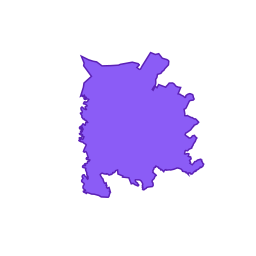 General Canuto A. Neri, Guerrero, Mexico (Robinson projection), rotated 310°
{"feature_id": "50627088B85246056724718", "entity_name": "General Canuto A. Neri", "entity_type": "district", "adm_level": 2, "iso_a3": "MEX", "parent_name": "Mexico", "parent_adm1": "Guerrero", "projection": "robinson", "projection_center": [-100.124, 18.444], "detail": "fine", "context": "isolated", "style": "filled", "palette": "violet", "viewbox_px": 256, "rotation_deg": 310, "n_neighbors": 0, "source": "geoboundaries", "source_scale": "gbopen_adm2", "svg_char_len": 5811}
<svg xmlns="http://www.w3.org/2000/svg" viewBox="0 0 256 256"><g transform="rotate(310 128 128)"><path d="M51.0,138.1L51.4,138.2L51.6,137.7L52.0,137.6L52.6,138.6L54.0,142.6L55.6,144.7L57.6,149.1L58.0,151.8L62.2,157.3L63.2,157.4L65.8,156.2L66.4,156.1L67.1,155.6L67.4,154.9L67.7,155.5L70.3,151.7L69.5,151.2L68.7,151.1L68.6,150.4L68.9,149.5L70.2,148.9L70.1,148.1L70.5,148.1L70.9,147.8L71.1,147.1L71.5,147.0L71.9,146.4L70.7,145.8L70.6,145.5L71.5,143.5L72.9,141.5L73.0,140.3L73.9,137.5L74.5,136.6L76.3,136.9L76.8,137.2L77.5,139.2L78.8,141.1L79.2,141.0L79.7,141.8L79.7,143.5L79.9,143.9L80.9,144.5L81.3,144.5L81.5,145.0L82.6,145.4L83.2,145.4L83.8,145.1L84.0,145.5L84.5,145.3L84.8,146.0L86.4,146.3L87.3,145.9L89.1,147.0L86.3,149.9L87.9,154.9L86.9,155.4L90.4,160.6L87.3,166.4L88.9,167.5L89.0,169.7L90.0,172.9L91.0,173.0L91.4,172.6L91.3,171.8L91.9,170.7L91.8,168.5L92.2,167.5L93.1,167.0L95.5,169.9L95.8,170.8L95.9,171.8L95.4,173.7L94.7,175.1L93.9,175.8L93.3,175.8L92.7,176.8L91.9,176.9L91.7,178.0L90.5,178.4L90.4,179.3L90.9,179.9L91.7,180.2L92.3,180.1L93.4,180.7L94.5,180.6L96.1,181.7L98.7,184.2L99.9,184.3L100.8,183.7L101.2,183.0L101.7,182.8L102.0,182.3L102.0,181.6L102.5,180.9L103.4,180.3L106.0,180.5L108.5,179.7L109.8,180.1L110.0,179.7L110.0,175.7L110.3,175.7L110.8,175.0L111.4,174.4L113.2,174.2L114.1,173.6L114.9,173.8L115.4,174.2L116.1,173.8L116.8,173.9L117.0,175.2L117.4,176.3L117.0,177.5L117.4,178.1L117.0,180.1L117.6,180.1L117.7,180.8L117.5,183.4L118.1,183.2L120.0,183.4L120.5,183.8L120.3,184.4L122.7,186.7L123.2,187.6L125.8,189.6L128.9,191.3L129.6,192.3L130.6,194.8L130.4,197.0L129.9,197.6L131.3,200.2L131.1,201.1L131.5,201.1L131.2,204.2L131.9,203.2L132.3,203.2L133.5,204.2L133.2,204.6L133.4,205.7L133.2,206.0L133.8,206.2L134.1,206.7L137.4,206.8L138.0,207.0L137.9,207.4L138.3,207.7L139.2,207.8L139.7,207.4L140.1,207.8L141.7,208.4L143.2,208.6L144.2,209.0L144.5,208.7L144.9,209.5L146.7,209.9L149.0,209.2L149.0,208.0L149.7,206.9L149.7,206.1L150.0,206.0L150.2,205.4L150.8,205.2L150.6,204.6L150.9,203.9L150.7,203.6L148.0,201.8L146.4,201.7L145.1,200.7L144.0,200.9L141.1,200.8L140.8,198.1L141.8,198.1L142.7,196.0L144.9,196.2L146.0,194.8L145.7,194.3L145.9,194.0L145.6,193.8L145.0,192.4L146.8,191.7L147.4,191.1L146.5,189.8L144.9,188.7L144.6,187.9L147.1,186.5L147.7,186.5L148.9,188.3L150.9,188.4L153.1,189.5L153.9,189.7L154.2,189.2L156.6,188.9L157.7,188.4L161.0,188.1L163.2,187.3L164.6,187.2L164.6,185.1L165.1,183.7L163.7,182.6L162.8,182.4L162.0,182.6L160.6,182.3L159.7,181.3L159.5,180.1L159.8,179.4L159.4,178.2L159.5,176.1L161.1,175.5L163.1,176.2L166.9,177.2L170.2,177.0L171.5,177.2L172.4,176.8L175.7,178.4L177.9,178.4L178.4,174.6L178.3,173.7L177.6,173.0L177.5,172.6L177.2,170.3L176.6,169.7L176.5,168.9L175.9,166.6L175.8,165.5L174.7,164.7L174.0,163.5L175.6,162.2L178.4,158.9L179.9,159.6L180.8,159.6L187.7,157.8L188.5,157.8L189.3,158.2L191.3,160.0L192.5,160.1L193.1,159.5L193.4,158.4L194.3,157.5L195.1,156.1L194.4,153.9L193.9,153.1L192.5,152.2L190.6,151.6L189.9,151.6L188.8,152.3L188.0,152.1L187.9,149.5L187.3,147.5L187.5,146.7L186.9,145.8L186.9,145.2L186.4,144.4L192.9,142.3L191.6,140.2L190.9,138.2L190.9,137.3L191.4,135.2L191.2,133.3L188.9,130.7L185.7,130.7L184.6,130.5L183.5,130.7L181.0,123.6L177.5,124.3L177.5,121.9L173.1,123.0L173.1,121.8L176.8,121.3L178.4,121.4L180.3,120.4L183.0,118.0L185.4,117.6L188.0,116.1L190.9,118.0L192.1,118.1L193.2,117.8L195.1,118.4L197.0,118.1L202.4,118.4L205.4,116.3L205.6,115.4L205.4,113.8L203.5,109.4L204.7,103.8L201.9,101.7L200.3,96.8L184.0,99.1L181.2,99.7L180.4,99.3L180.1,98.4L180.1,95.9L183.5,96.1L183.7,95.9L183.5,95.4L183.8,94.8L183.8,94.4L181.2,89.0L171.8,81.2L170.1,80.4L164.5,74.5L158.9,68.2L158.5,61.5L156.7,58.3L154.9,53.9L153.0,46.1L149.6,52.6L147.2,54.0L144.1,66.8L134.2,65.4L130.4,67.7L121.8,71.3L122.6,71.7L123.6,71.5L123.7,72.5L123.0,73.0L123.1,73.5L123.7,73.7L125.0,73.4L124.9,73.9L123.9,75.1L124.6,75.9L124.6,76.4L123.2,76.1L122.6,75.1L122.2,75.4L122.0,76.2L122.3,77.0L123.9,77.8L124.5,78.8L124.7,79.5L122.5,79.9L121.9,79.8L120.7,79.3L120.4,78.2L120.0,77.8L118.2,78.1L118.0,78.3L118.1,78.7L118.9,80.2L118.9,82.1L118.7,82.4L116.7,81.6L116.3,81.9L115.4,84.2L115.0,83.9L114.4,82.2L114.6,79.6L114.5,79.2L113.2,79.1L112.7,79.4L111.8,80.5L111.7,81.5L111.2,82.3L110.6,82.8L109.9,83.0L109.0,82.0L108.6,82.2L107.9,84.7L106.6,85.7L106.5,86.7L106.1,87.6L106.3,88.3L106.7,88.6L106.2,89.3L106.8,91.1L106.7,92.4L106.3,93.5L106.0,93.3L105.7,92.1L105.4,92.0L104.1,92.5L103.1,93.3L102.7,93.4L102.4,93.0L102.4,91.1L102.1,90.8L100.0,91.1L98.2,90.5L97.3,90.5L96.7,90.9L96.4,91.6L96.5,92.0L97.0,92.9L98.3,91.5L99.0,91.5L99.1,91.8L99.2,92.3L98.2,94.4L97.9,94.5L97.2,93.2L96.5,94.0L96.5,94.9L95.9,95.2L95.6,95.0L95.4,93.8L95.1,93.7L94.7,94.1L94.3,95.4L93.8,95.4L92.6,94.4L92.3,94.7L92.2,95.5L92.5,96.5L93.4,97.0L93.6,97.4L93.0,98.1L92.2,97.9L91.8,98.2L91.9,98.6L92.9,99.6L92.9,100.0L92.0,99.8L91.4,100.6L91.0,100.7L90.1,100.5L89.9,99.9L90.4,98.7L90.0,97.6L89.5,97.1L89.1,97.0L88.8,97.3L88.6,98.9L87.9,99.0L87.4,98.3L86.9,98.4L86.8,99.0L87.3,100.9L88.2,102.7L88.0,103.8L88.4,106.4L87.8,107.0L83.6,108.1L81.3,109.0L81.4,110.1L82.6,110.6L82.8,110.8L82.5,112.2L80.2,115.9L79.6,116.7L79.1,116.3L78.7,115.4L77.8,115.6L77.4,116.1L77.4,116.6L79.0,119.2L78.6,119.5L77.6,119.5L77.1,119.2L76.9,118.8L76.2,118.7L75.0,119.4L73.9,118.8L73.2,118.1L72.7,117.9L72.0,118.1L72.3,119.3L71.8,119.5L71.4,119.2L70.9,118.0L70.0,117.7L69.2,118.0L68.9,118.3L68.8,118.8L70.0,121.4L69.6,122.0L68.7,122.3L67.2,125.2L65.6,126.6L65.1,128.5L63.5,130.0L62.9,130.0L62.9,129.0L63.7,127.8L63.4,126.2L64.0,124.6L63.4,123.8L62.1,123.7L61.1,124.2L60.6,125.9L58.6,126.1L57.7,126.4L57.2,127.1L57.3,129.8L57.0,130.5L56.5,130.7L54.7,130.9L53.6,131.6L53.0,132.4L52.8,133.5L53.0,135.0L52.8,135.6L52.1,135.6L51.4,134.6L50.9,134.4L50.6,134.6L50.4,135.1L51.1,137.7L51.0,138.1Z" fill="#8b5cf6" stroke="#5b21b6" stroke-width="1.5"/></g></svg>